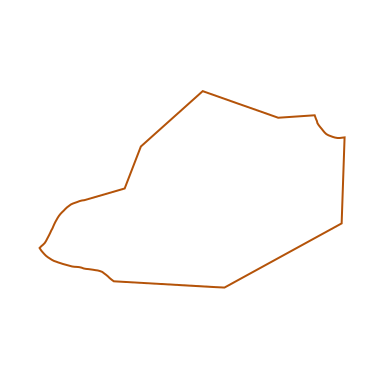 Castro Barros, La Rioja, Argentina (Mercator projection), rotated 83°
{"feature_id": "61730980B97852769949948", "entity_name": "Castro Barros", "entity_type": "district", "adm_level": 2, "iso_a3": "ARG", "parent_name": "Argentina", "parent_adm1": "La Rioja", "projection": "mercator", "projection_center": [-66.905, -28.889], "detail": "fine", "context": "isolated", "style": "outline", "palette": "amber", "viewbox_px": 384, "rotation_deg": 83, "n_neighbors": 0, "source": "geoboundaries", "source_scale": "gbopen_adm2", "svg_char_len": 1259}
<svg xmlns="http://www.w3.org/2000/svg" viewBox="0 0 384 384"><g transform="rotate(83 192 192)"><path d="M156.4,33.9L156.4,36.4L156.4,38.8L156.1,41.1L155.4,43.4L154.5,45.5L153.4,47.6L152.3,49.7L150.9,51.6L149.1,53.1L147.1,54.4L145.1,55.6L143.1,56.9L141.1,58.1L139.0,59.1L136.7,59.4L134.4,60.1L130.8,60.9L128.8,97.4L127.3,100.4L109.6,136.1L93.2,169.1L140.6,237.2L180.3,258.4L187.0,299.9L187.0,302.2L187.3,304.6L187.9,306.9L188.4,309.2L188.9,311.5L189.6,313.7L190.8,315.8L192.0,317.9L193.4,319.8L194.9,321.6L196.3,323.5L197.8,325.3L199.5,327.0L201.3,328.5L203.2,329.9L205.1,331.3L207.1,332.6L209.1,333.8L211.2,335.0L213.1,336.4L215.1,337.6L217.1,338.9L219.0,340.2L221.0,341.6L222.9,342.9L224.7,344.4L226.2,346.3L227.5,348.3L229.0,350.1L231.7,348.8L233.7,347.5L235.7,346.1L237.5,344.7L239.2,343.0L240.7,341.2L242.2,339.4L243.6,337.4L244.6,335.3L245.7,333.2L246.7,331.0L247.7,328.9L248.6,326.7L249.5,324.5L250.4,322.3L251.3,320.1L251.9,317.8L252.3,315.5L252.8,313.2L253.6,310.9L254.7,308.8L255.4,306.6L255.9,304.2L256.5,301.9L257.1,299.7L257.8,297.4L258.4,295.1L259.3,292.9L260.4,290.8L262.1,289.1L263.7,287.4L265.4,285.8L267.3,284.3L269.0,282.7L271.1,280.5L289.0,181.9L290.8,171.4L241.4,47.3L156.4,33.9Z" fill="none" stroke="#b45309" stroke-width="2"/></g></svg>